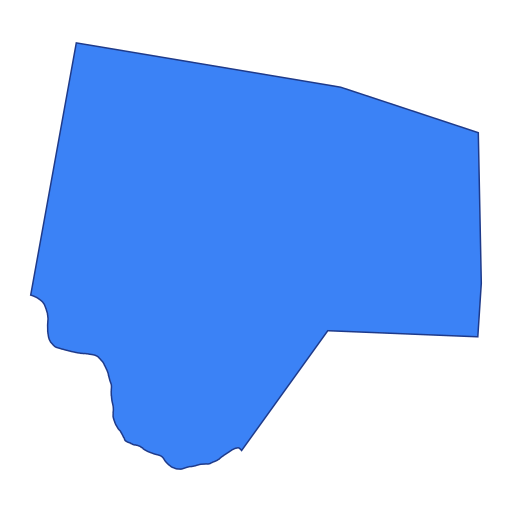 the district of Palmiste Estate, Praslin, Saint Lucia
{"feature_id": "8701671B26229529558045", "entity_name": "Palmiste Estate", "entity_type": "district", "adm_level": 2, "iso_a3": "LCA", "parent_name": "Saint Lucia", "parent_adm1": "Praslin", "projection": "natural_earth1", "projection_center": [-60.965, 13.853], "detail": "fine", "context": "isolated", "style": "filled", "palette": "blue", "viewbox_px": 512, "rotation_deg": 0, "n_neighbors": 0, "source": "geoboundaries", "source_scale": "gbopen_adm2", "svg_char_len": 5944}
<svg xmlns="http://www.w3.org/2000/svg" viewBox="0 0 512 512"><path d="M30.7,295.1L31.1,295.2L32.0,295.5L32.9,295.8L33.3,296.0L33.9,296.2L34.3,296.4L34.7,296.6L34.9,296.7L35.9,297.1L36.4,297.4L36.9,297.6L37.4,297.9L38.1,298.4L38.4,298.6L38.9,299.0L39.1,299.1L39.7,299.5L40.7,300.3L41.2,300.7L41.4,300.9L41.9,301.3L42.8,302.2L43.0,302.6L43.8,303.6L44.6,305.0L44.7,305.4L44.8,305.7L45.1,306.3L45.5,307.4L45.9,308.5L46.1,308.8L46.2,309.3L46.4,310.1L46.6,310.7L46.8,311.3L46.9,311.6L47.1,312.1L47.1,312.4L47.4,313.2L47.5,313.7L47.5,314.4L47.8,316.0L47.8,317.0L48.0,317.7L48.0,319.4L47.9,320.5L47.9,321.0L47.8,321.6L47.8,322.3L47.8,322.6L47.7,323.4L47.7,324.1L47.6,324.9L47.7,329.4L47.7,329.7L47.7,331.5L47.8,331.9L47.9,332.4L47.9,333.1L48.1,334.1L48.3,335.4L48.3,335.7L48.5,336.7L48.7,337.7L49.0,338.5L49.1,339.0L49.4,339.7L49.6,340.1L49.8,340.5L50.1,341.0L50.4,341.6L50.5,341.9L51.0,342.5L51.4,342.9L51.7,343.3L52.2,343.8L52.5,344.1L53.2,345.0L53.7,345.4L53.9,345.7L54.2,345.9L54.7,346.4L55.1,346.7L55.3,346.8L55.5,347.0L55.8,347.0L56.1,347.2L56.4,347.4L56.9,347.5L57.2,347.6L57.6,347.7L58.4,348.0L59.0,348.1L59.3,348.2L59.6,348.3L59.9,348.4L60.6,348.6L60.9,348.7L61.6,349.0L62.2,349.1L63.6,349.4L63.9,349.5L64.4,349.7L65.3,349.9L66.2,350.2L66.8,350.3L67.1,350.4L67.7,350.5L68.6,350.8L69.1,350.9L69.7,351.0L69.9,351.1L70.5,351.2L70.9,351.4L71.8,351.6L72.4,351.7L74.9,352.2L75.4,352.4L76.2,352.5L77.1,352.7L77.6,352.8L78.4,352.9L79.0,353.0L79.6,353.0L79.9,353.1L80.3,353.2L80.5,353.3L81.1,353.3L81.3,353.3L81.6,353.4L82.7,353.4L83.0,353.5L83.6,353.6L84.8,353.5L85.4,353.6L85.9,353.6L86.1,353.6L86.6,353.8L87.4,353.8L88.3,353.9L88.9,354.1L89.5,354.2L91.7,354.5L92.3,354.6L92.6,354.6L93.1,354.8L93.9,354.9L94.9,355.2L95.3,355.3L95.6,355.5L96.3,355.8L96.7,356.0L97.0,356.1L97.4,356.4L97.6,356.5L98.0,356.8L98.5,357.2L98.7,357.5L99.8,358.7L100.3,359.1L101.2,360.3L102.1,361.2L102.3,361.4L102.6,361.7L102.9,362.2L103.4,362.9L103.6,363.3L104.0,364.0L104.4,365.1L104.8,365.7L104.9,366.0L105.2,366.4L105.5,367.2L106.2,368.6L106.3,368.9L106.6,369.5L106.8,369.8L107.8,372.4L108.0,372.9L108.2,373.7L108.4,374.5L108.4,375.1L108.7,375.9L108.9,376.8L109.2,377.9L109.4,378.6L109.5,379.0L109.8,380.2L110.0,380.8L110.3,381.7L110.7,382.8L110.8,383.1L110.9,383.4L111.1,383.9L111.2,384.3L111.3,384.6L111.3,384.9L111.4,385.2L111.5,387.2L111.4,387.8L111.4,388.4L111.4,388.8L111.3,389.1L111.3,389.7L111.3,390.0L111.3,390.6L111.2,391.4L111.3,395.6L111.5,395.9L111.5,396.7L111.6,397.5L111.6,397.9L111.7,398.6L111.8,399.4L111.9,400.1L111.9,400.5L112.0,400.9L112.1,401.5L112.2,402.0L112.3,402.3L112.7,404.1L112.8,404.5L113.2,406.5L113.2,407.1L113.3,407.4L113.3,407.9L113.4,409.8L113.3,410.2L113.4,410.9L113.2,411.5L113.2,412.3L113.1,412.6L113.2,413.9L113.1,414.6L113.1,416.8L113.3,417.1L113.3,417.7L113.4,418.2L113.6,418.4L113.7,418.9L113.7,419.2L113.9,419.4L114.0,420.0L114.1,420.3L114.2,420.6L114.4,421.1L114.5,421.4L114.7,421.7L114.8,422.4L115.0,422.7L115.2,423.3L115.5,424.0L115.6,424.3L116.2,425.4L116.4,425.6L116.5,425.8L116.8,426.3L116.9,426.6L117.2,427.0L117.3,427.2L117.6,427.7L118.0,428.4L118.3,428.9L118.7,429.3L118.9,429.6L119.4,430.1L120.2,430.9L120.6,431.5L120.7,431.8L121.0,432.3L121.1,432.7L121.4,432.9L121.6,433.3L121.8,433.8L122.1,434.3L122.5,435.0L122.7,435.4L122.8,435.7L123.0,436.1L123.2,436.3L123.3,436.6L123.6,437.4L124.0,437.7L124.4,438.7L124.5,439.2L125.1,440.5L125.5,440.6L125.7,441.0L126.5,441.4L126.9,441.7L127.4,442.0L127.9,442.2L128.5,442.4L129.2,442.7L129.6,442.8L129.8,442.9L130.5,443.0L130.8,443.5L132.0,443.9L132.5,444.3L132.8,444.4L133.7,444.7L134.2,444.9L134.5,444.9L135.7,444.9L136.1,445.2L137.6,445.4L138.0,445.6L138.7,445.9L139.1,446.0L139.6,446.2L140.1,446.4L140.5,446.6L140.8,446.7L141.2,447.4L142.5,447.8L143.3,448.9L143.6,449.1L144.1,449.4L144.4,449.6L145.2,450.1L145.8,450.4L147.4,451.3L147.6,451.4L148.1,451.6L148.3,451.7L148.8,451.9L149.4,452.1L149.9,452.3L150.8,452.7L151.3,452.8L152.0,453.1L152.6,453.3L153.1,453.5L153.5,453.7L153.8,453.8L154.4,453.9L154.7,454.1L155.2,454.2L155.5,454.3L156.0,454.4L157.1,454.7L157.7,454.8L158.1,454.9L158.6,455.1L159.3,455.3L159.5,455.4L160.0,455.5L160.7,455.9L161.3,456.2L161.8,456.6L162.1,456.8L162.5,457.2L162.8,457.5L163.3,458.1L163.5,458.4L163.8,458.8L163.9,459.0L164.1,459.3L164.2,459.6L164.4,459.8L164.8,460.5L165.6,461.6L166.0,462.0L166.6,462.7L166.8,462.9L167.2,463.3L167.6,463.7L168.5,464.6L169.3,465.2L169.9,465.6L171.2,466.7L171.4,466.8L171.8,467.1L172.1,467.2L172.5,467.4L173.5,467.7L173.7,467.8L174.5,468.1L175.1,468.4L175.4,468.5L176.0,468.7L176.3,468.8L176.9,468.9L177.1,468.9L177.6,468.9L177.9,469.0L178.4,469.0L178.7,469.0L180.3,469.1L181.2,469.1L181.8,468.9L182.1,468.9L186.9,467.3L187.7,467.1L188.5,466.9L188.9,466.8L189.5,466.6L191.4,466.6L192.0,466.4L192.5,466.4L192.8,466.3L193.8,466.1L194.2,466.0L194.6,465.9L195.7,465.7L195.9,465.6L196.3,465.4L198.2,464.9L198.6,464.8L198.9,464.7L199.2,464.6L200.4,464.3L200.8,464.3L201.5,464.2L205.4,464.0L205.8,463.9L206.6,463.9L207.1,464.0L207.8,464.0L208.1,464.0L208.6,463.9L209.1,463.8L210.0,463.6L210.2,463.4L210.5,463.3L210.7,463.1L211.7,462.7L212.3,462.4L212.5,462.3L213.3,461.9L214.3,461.6L214.5,461.5L214.9,461.3L215.5,461.1L216.0,460.8L216.4,460.7L216.8,460.5L217.2,460.3L217.7,459.9L218.0,459.7L218.4,459.5L218.8,459.3L219.3,459.0L219.5,458.7L219.9,458.3L220.2,458.1L221.3,457.1L221.5,457.0L221.8,456.7L222.4,456.4L222.6,456.2L223.0,456.0L224.1,455.1L224.7,454.7L225.1,454.5L225.8,454.0L226.2,453.8L226.4,453.6L227.2,453.1L227.7,452.8L228.1,452.5L229.1,451.9L229.6,451.5L230.5,450.9L231.6,450.2L231.8,450.0L232.3,449.7L232.7,449.5L233.0,449.4L233.4,449.2L234.0,448.9L234.4,448.7L235.2,448.4L235.6,448.2L236.0,448.2L236.5,448.1L237.0,448.0L237.3,447.9L237.8,447.8L238.5,447.8L238.8,448.0L239.4,448.2L239.8,448.7L240.1,448.8L240.4,449.2L240.8,449.5L240.9,449.8L241.3,450.1L241.6,450.5L327.8,330.7L477.8,336.8L481.3,283.3L478.3,132.7L340.6,87.2L76.3,42.9L30.7,295.1Z" fill="#3b82f6" stroke="#1e3a8a" stroke-width="1.5"/></svg>